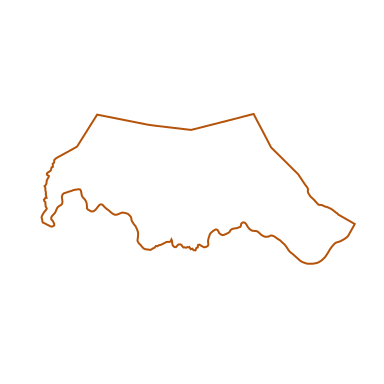 Campo Alegre de Lourdes, Bahia, Brazil, rotated 168°
{"feature_id": "56859067B47282547771310", "entity_name": "Campo Alegre de Lourdes", "entity_type": "district", "adm_level": 2, "iso_a3": "BRA", "parent_name": "Brazil", "parent_adm1": "Bahia", "projection": "mercator", "projection_center": [-43.073, -9.544], "detail": "fine", "context": "isolated", "style": "outline", "palette": "amber", "viewbox_px": 384, "rotation_deg": 168, "n_neighbors": 0, "source": "geoboundaries", "source_scale": "gbopen_adm2", "svg_char_len": 3929}
<svg xmlns="http://www.w3.org/2000/svg" viewBox="0 0 384 384"><g transform="rotate(168 192 192)"><path d="M216.2,143.5L214.4,143.2L213.4,142.6L213.0,141.5L212.6,140.6L211.7,139.4L210.6,139.4L209.4,138.7L208.0,139.1L207.1,138.6L206.1,138.8L205.1,136.3L203.5,136.5L202.5,134.7L200.7,134.2L199.3,136.4L197.9,136.6L197.2,138.8L195.7,139.0L193.5,136.9L191.7,135.4L190.0,135.3L188.6,135.6L187.2,136.5L186.9,137.5L186.6,140.4L186.2,141.6L185.3,143.5L183.2,147.1L182.3,147.9L180.0,149.3L176.9,150.4L175.8,150.2L174.9,149.5L174.3,147.8L173.9,146.0L172.0,144.0L171.0,143.5L169.7,143.4L168.2,143.7L164.8,144.5L163.5,145.2L162.2,146.7L161.2,147.2L160.2,147.5L158.7,147.5L157.6,147.5L156.0,147.3L151.9,147.9L150.9,149.5L150.3,150.9L148.6,151.7L147.0,151.2L146.3,150.4L145.6,149.1L144.7,146.3L143.9,144.6L143.2,143.5L142.3,142.5L141.1,141.6L136.5,140.1L135.0,138.4L133.1,135.6L131.3,134.0L130.4,133.4L129.2,132.8L126.4,132.5L124.6,132.9L123.6,133.0L122.6,132.6L121.8,132.1L120.8,131.5L117.8,128.2L115.8,126.3L113.8,123.3L112.6,121.8L111.5,119.6L110.6,117.6L109.5,114.6L108.2,112.5L106.4,110.4L100.4,102.2L98.7,100.6L95.2,98.4L93.4,97.7L90.7,97.1L88.4,96.7L85.0,96.6L82.8,96.9L79.5,98.1L75.5,100.5L72.7,103.2L68.4,107.8L66.2,109.7L64.2,111.2L62.4,112.3L61.1,112.6L60.0,112.7L57.4,112.9L53.1,114.2L50.4,115.3L48.4,116.6L40.6,125.5L39.5,126.9L53.8,139.7L54.2,140.8L55.1,141.5L56.2,142.9L57.0,143.8L58.1,145.2L59.4,146.5L60.3,147.2L61.2,147.9L62.4,148.8L63.9,149.6L65.3,150.4L66.7,151.5L67.8,152.3L69.8,152.8L71.0,153.4L71.8,154.7L72.6,156.1L73.2,156.9L73.6,158.0L74.5,159.3L75.5,160.8L76.4,162.0L77.1,162.9L77.6,164.4L78.1,165.6L78.6,167.3L78.5,169.0L77.9,170.4L78.2,172.1L78.8,173.7L79.4,174.7L81.5,179.8L84.4,187.2L91.1,197.4L93.6,201.3L105.4,219.2L107.6,227.3L110.5,237.7L113.4,247.8L115.5,255.5L119.3,255.4L138.7,254.5L179.9,252.9L184.7,254.5L213.1,264.1L219.5,266.4L221.6,267.2L268.7,287.4L295.0,260.3L299.7,258.8L305.3,257.1L309.3,255.9L317.0,253.6L319.0,252.7L320.1,251.8L320.3,250.9L320.8,249.4L322.4,248.5L322.6,246.7L323.0,245.4L324.2,245.3L324.8,244.2L325.3,243.0L325.9,242.2L327.2,241.7L328.8,241.1L330.0,240.4L330.4,239.2L329.4,238.2L328.7,237.4L329.2,236.2L330.1,235.4L330.8,234.5L331.7,233.4L332.2,231.8L332.5,230.8L333.3,229.7L334.0,228.9L335.0,228.4L334.6,227.2L334.7,225.8L335.1,224.3L335.0,222.9L335.1,221.1L335.6,219.9L335.5,218.7L335.5,217.7L335.5,216.5L336.7,216.8L337.4,215.9L338.4,215.3L338.3,213.8L337.5,212.6L337.8,211.3L337.9,210.1L338.2,208.4L337.8,207.4L337.5,206.1L338.1,205.1L339.4,204.2L340.4,203.4L341.2,202.7L342.1,201.7L343.1,200.6L344.0,199.4L344.5,198.1L344.3,196.8L344.3,195.6L344.5,194.3L344.2,193.1L342.5,191.9L340.2,189.9L339.0,189.1L337.9,188.0L336.6,187.4L335.3,187.3L333.7,188.0L333.4,189.7L334.3,192.9L335.3,194.4L335.0,196.3L333.9,197.6L330.2,200.2L327.6,203.9L326.7,204.9L325.3,205.7L322.7,206.6L321.4,207.6L320.7,209.5L320.3,214.5L319.0,216.6L317.5,217.4L314.1,217.7L312.4,218.0L310.7,218.0L307.5,218.5L305.9,218.5L302.3,218.3L300.9,217.7L300.4,216.3L300.5,211.8L300.3,210.5L299.6,208.9L298.3,206.9L297.6,204.6L297.4,202.8L297.6,200.9L298.1,197.6L297.5,196.5L294.7,194.0L292.8,193.6L291.5,194.0L290.5,194.4L289.0,195.5L286.3,197.8L285.1,198.6L284.1,198.9L283.1,198.7L282.2,198.1L280.7,195.6L279.4,193.7L276.8,190.8L276.2,189.8L274.2,187.4L272.9,186.2L271.6,185.6L269.8,185.5L264.7,186.4L262.5,185.7L259.6,184.2L258.8,183.4L257.1,180.7L256.8,179.1L257.0,177.8L256.8,175.9L256.2,174.4L255.8,173.1L254.4,170.4L253.5,167.0L253.4,165.8L253.2,164.4L253.3,162.6L254.0,159.9L255.4,156.0L255.3,154.7L254.8,153.1L254.3,152.3L253.4,151.1L252.6,149.4L251.1,146.9L250.1,146.1L249.2,145.6L246.8,144.8L244.7,144.0L243.0,144.5L241.7,145.0L240.3,145.3L238.5,146.7L237.0,146.1L235.7,146.8L233.4,146.8L229.8,147.7L227.5,148.4L226.2,148.3L224.6,147.9L223.3,148.0L222.0,149.8L221.7,148.4L222.0,146.1L222.0,144.0L221.3,142.6L220.6,141.8L219.2,141.4L216.2,143.5Z" fill="none" stroke="#b45309" stroke-width="2"/></g></svg>